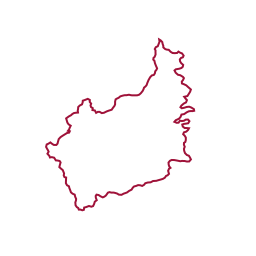 Jacareí, São Paulo, Brazil (orthographic projection), rotated 291°
{"feature_id": "56859067B48226661076611", "entity_name": "Jacareí", "entity_type": "district", "adm_level": 2, "iso_a3": "BRA", "parent_name": "Brazil", "parent_adm1": "São Paulo", "projection": "orthographic", "projection_center": [-45.971, -23.296], "detail": "fine", "context": "isolated", "style": "outline", "palette": "rose", "viewbox_px": 256, "rotation_deg": 291, "n_neighbors": 0, "source": "geoboundaries", "source_scale": "gbopen_adm2", "svg_char_len": 3701}
<svg xmlns="http://www.w3.org/2000/svg" viewBox="0 0 256 256"><g transform="rotate(291 128 128)"><path d="M121.2,198.0L122.6,196.5L123.9,194.8L123.9,192.6L125.0,190.2L126.9,188.6L128.6,187.7L130.8,187.7L132.4,186.2L134.2,185.6L135.5,186.5L137.4,186.3L139.8,185.4L141.1,183.7L142.0,181.7L144.0,181.8L145.5,183.7L147.8,184.8L149.6,185.0L148.9,182.5L148.3,180.9L149.0,178.6L150.7,177.4L151.9,178.8L152.8,180.5L154.0,182.5L156.4,182.9L157.4,181.0L156.5,178.9L154.8,177.6L153.8,175.8L153.5,173.9L151.1,173.3L150.3,171.6L150.4,169.1L152.4,169.8L153.8,171.2L155.2,172.4L157.2,173.1L159.7,173.1L161.1,175.4L163.7,177.2L165.4,178.8L166.3,180.5L166.9,182.2L167.8,183.6L169.2,182.8L169.8,179.8L169.8,177.5L168.7,175.3L167.1,173.3L165.7,171.1L166.2,169.5L168.0,169.8L170.8,171.3L172.7,173.0L175.2,173.0L176.2,171.0L177.3,169.3L179.1,172.0L181.5,172.5L184.1,173.0L186.5,172.9L187.9,169.1L188.7,167.1L188.9,164.7L188.9,162.4L190.6,161.6L192.6,162.2L194.6,162.3L195.4,161.0L196.0,157.9L195.6,155.6L196.7,152.7L198.4,150.8L199.9,151.6L201.7,154.6L203.2,156.4L204.8,157.2L206.7,156.9L207.6,154.4L208.9,152.7L210.6,151.8L212.4,152.4L213.7,153.9L215.5,154.0L217.0,151.7L217.0,149.6L217.4,147.7L215.7,147.0L214.6,144.8L214.0,142.7L214.4,140.5L215.6,138.0L215.1,136.2L215.0,134.5L215.9,132.1L217.4,131.5L218.9,130.2L220.5,129.2L221.5,127.1L221.8,125.4L219.9,126.5L217.3,126.5L215.0,126.5L213.4,125.0L211.3,124.7L210.3,125.9L208.6,126.5L206.5,127.4L204.0,127.4L202.6,126.7L200.9,127.1L200.2,128.6L198.2,129.9L195.9,132.0L194.1,133.8L192.5,133.7L190.7,133.1L188.6,133.5L186.8,133.1L185.6,131.4L183.4,130.5L180.2,130.0L177.0,129.9L174.8,130.0L173.2,129.5L171.4,128.5L169.7,128.6L167.8,128.4L165.0,127.5L163.1,126.5L161.9,125.0L161.0,122.9L160.2,120.8L159.7,119.2L159.4,117.0L158.0,114.7L157.3,112.9L156.2,111.3L154.8,109.5L152.8,108.4L151.6,107.2L150.3,106.2L148.0,106.5L145.4,107.5L143.6,107.4L141.7,106.8L139.2,106.2L137.3,103.8L135.8,102.1L133.6,100.1L132.5,98.2L132.9,95.8L132.3,94.1L130.7,92.8L132.5,90.8L132.0,88.4L133.9,88.0L134.3,86.0L135.7,84.9L137.5,84.9L138.7,82.9L140.5,82.3L140.8,80.0L138.6,77.6L137.3,76.0L135.7,76.5L133.6,76.6L131.7,74.9L129.7,74.0L127.8,74.6L126.3,74.8L124.5,75.8L123.7,74.1L122.6,72.2L121.1,71.0L119.6,70.3L117.6,68.6L114.8,66.8L113.0,68.2L111.3,69.5L110.1,71.3L109.6,73.7L107.5,73.5L105.6,73.5L103.9,73.0L104.1,74.8L102.6,74.7L101.5,72.9L99.4,71.3L97.3,69.7L95.3,68.3L92.8,67.3L89.7,67.6L88.2,67.8L86.5,67.2L85.6,64.7L86.1,62.5L86.7,60.7L84.8,59.3L83.5,58.0L81.0,58.3L79.6,59.9L78.6,61.2L77.4,62.4L75.1,62.0L73.7,64.7L72.5,65.7L73.5,67.3L73.8,69.7L72.9,70.9L71.9,72.2L72.4,73.9L72.7,76.0L71.7,77.4L69.4,77.6L66.9,77.9L66.2,79.6L65.3,82.2L62.7,84.6L60.7,85.0L59.4,86.3L59.6,88.0L58.0,88.5L56.2,89.1L54.2,89.8L52.7,91.6L52.4,93.8L51.0,94.7L49.5,96.1L47.5,97.8L46.8,99.8L46.7,102.1L44.8,103.4L43.2,105.0L41.7,105.4L39.6,105.5L37.0,106.8L35.8,108.6L35.5,110.2L34.2,111.3L34.8,112.8L34.8,114.8L35.8,116.1L38.0,115.6L39.2,117.3L41.2,119.5L41.4,122.0L42.6,123.4L44.9,123.6L47.3,123.4L49.4,124.7L51.3,123.0L52.9,122.2L54.5,122.5L54.9,124.6L54.4,126.7L54.2,129.3L55.4,130.5L56.9,131.5L58.7,132.0L60.4,132.4L61.5,133.7L61.7,135.5L62.6,137.9L62.8,139.6L62.9,141.5L62.5,143.3L63.3,145.9L65.1,147.4L66.5,149.1L67.6,150.3L69.6,151.5L71.7,153.4L74.1,153.9L75.6,154.6L76.8,156.3L78.3,157.9L78.9,159.9L79.0,162.0L80.8,163.4L82.6,163.9L84.2,166.0L85.4,168.6L87.5,170.4L88.8,173.3L90.2,175.1L91.6,177.0L93.0,178.8L94.8,180.2L96.9,180.7L98.0,181.9L99.9,182.7L102.4,180.8L104.7,180.9L106.0,181.9L106.9,180.3L108.4,179.1L110.3,178.2L112.4,178.9L113.8,180.2L114.7,182.8L115.3,186.1L115.7,188.7L116.6,190.2L117.5,192.8L117.8,195.0L118.7,197.1L121.2,198.0Z" fill="none" stroke="#9f1239" stroke-width="2"/></g></svg>